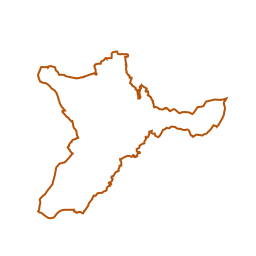 Pringsewu, Lampung, Indonesia, rotated 261°
{"feature_id": "22746128B80903663444835", "entity_name": "Pringsewu", "entity_type": "district", "adm_level": 2, "iso_a3": "IDN", "parent_name": "Indonesia", "parent_adm1": "Lampung", "projection": "mercator", "projection_center": [104.953, -5.369], "detail": "fine", "context": "isolated", "style": "outline", "palette": "amber", "viewbox_px": 256, "rotation_deg": 261, "n_neighbors": 0, "source": "geoboundaries", "source_scale": "gbopen_adm2", "svg_char_len": 5821}
<svg xmlns="http://www.w3.org/2000/svg" viewBox="0 0 256 256"><g transform="rotate(261 128 128)"><path d="M67.2,29.5L64.5,28.3L61.3,27.5L59.8,26.2L58.5,27.3L57.6,29.3L53.8,32.8L51.9,34.9L51.1,36.7L51.0,39.5L51.6,41.3L54.9,44.7L56.7,48.0L57.2,50.7L57.0,53.7L55.9,60.1L55.8,61.8L54.4,61.6L53.8,61.9L53.6,63.2L52.9,63.4L52.2,64.1L52.7,65.5L52.7,67.0L52.3,68.2L51.3,69.2L50.7,70.2L52.0,71.3L52.8,71.6L52.9,72.2L54.5,73.6L55.5,74.7L56.7,75.6L56.8,76.0L57.4,76.6L58.3,76.7L60.0,77.9L62.1,80.0L63.5,81.7L63.9,81.7L65.0,82.3L65.5,83.1L66.3,83.3L66.7,83.8L66.2,84.4L66.1,85.1L66.3,85.7L67.5,86.7L68.3,87.7L68.3,90.8L68.0,91.5L68.0,92.3L69.0,93.8L69.4,96.1L69.8,97.1L70.5,97.3L71.5,97.3L72.1,97.6L73.4,99.1L73.7,100.4L73.7,101.2L74.2,101.5L75.1,102.6L75.4,102.5L75.1,101.1L76.3,100.4L76.7,100.4L77.2,101.1L77.5,102.8L78.1,103.8L79.9,104.9L80.5,104.9L80.8,104.1L81.5,103.8L82.7,104.3L82.8,105.9L83.8,106.7L84.6,107.6L85.6,108.1L86.2,109.1L86.9,110.5L86.9,111.9L87.5,112.2L88.6,112.1L89.3,112.5L90.3,113.3L92.0,113.7L92.0,114.4L91.8,115.3L92.5,115.7L94.2,115.8L95.5,116.1L96.1,116.0L97.0,115.3L98.5,115.4L98.2,116.0L99.6,119.4L100.6,123.4L100.3,124.1L100.3,124.9L99.3,126.3L99.0,127.3L99.2,128.0L99.8,128.2L99.9,128.4L100.4,128.6L100.4,128.9L100.0,129.5L99.0,129.5L99.0,130.0L98.3,130.0L98.1,130.4L98.2,131.4L98.6,132.3L99.0,131.9L100.2,133.0L101.7,134.0L101.4,135.2L101.5,135.8L102.2,135.8L102.5,135.5L102.7,133.7L103.6,133.0L105.9,133.3L106.4,135.6L107.2,136.3L108.7,136.6L110.1,139.7L110.2,141.6L110.4,141.9L111.3,141.9L112.2,142.1L114.3,144.1L115.9,143.9L116.5,144.1L115.7,145.4L116.0,146.4L118.0,147.6L121.2,148.6L121.1,149.6L121.4,151.0L120.8,150.8L120.3,150.4L119.5,150.3L119.2,150.5L118.3,152.2L118.4,153.5L116.5,153.7L115.8,154.0L114.2,156.6L115.5,158.3L117.7,160.2L119.3,161.1L119.8,161.8L120.7,162.3L120.8,163.6L121.1,164.0L121.3,165.1L122.2,166.0L121.8,166.4L121.8,167.2L121.4,167.9L121.4,168.5L121.5,169.4L122.1,169.9L122.5,170.7L122.6,171.4L121.6,174.7L120.0,176.2L119.4,177.1L119.0,179.6L118.7,180.4L117.8,181.3L117.0,184.1L117.3,185.1L117.1,186.7L115.4,188.2L113.5,188.2L112.5,188.7L111.1,188.8L110.4,189.9L109.9,190.1L109.9,190.6L109.1,190.9L110.8,194.5L109.0,200.1L109.7,201.9L110.3,204.9L111.7,206.6L113.0,208.7L113.9,209.7L117.3,212.9L116.8,213.6L116.4,214.6L116.4,214.9L115.9,215.4L115.8,216.2L115.5,216.2L116.9,217.9L122.3,222.3L125.6,224.5L131.9,226.8L134.8,226.9L135.8,226.5L136.8,226.5L138.1,226.7L139.0,227.2L139.7,227.8L139.9,228.4L141.8,229.8L141.3,227.1L141.3,223.9L142.6,217.7L142.1,212.8L141.9,209.4L139.1,206.8L137.8,206.0L137.6,203.5L137.7,200.0L132.5,195.1L132.3,194.5L131.7,193.6L133.7,191.1L134.8,187.1L135.2,183.7L134.5,181.8L134.7,180.8L138.4,177.7L139.0,177.2L139.3,176.7L139.4,175.8L139.3,175.1L138.0,172.3L138.8,171.3L139.7,171.2L140.2,170.5L141.7,169.2L141.3,168.4L141.9,167.7L140.9,165.6L140.9,164.5L141.2,164.0L141.7,161.9L143.1,161.1L144.4,158.7L144.5,157.5L144.3,157.2L145.4,156.8L147.9,157.1L149.3,156.4L150.1,156.6L150.5,157.0L151.0,156.8L151.6,156.2L152.3,156.2L152.7,156.0L153.1,155.6L154.3,155.7L154.7,155.5L155.1,154.8L155.6,154.8L156.1,154.1L156.8,153.8L156.9,153.0L157.2,152.7L158.4,153.4L159.0,153.5L161.1,153.4L161.3,152.5L161.1,152.1L161.0,151.5L161.4,151.2L162.0,151.2L163.3,152.5L164.1,152.6L166.3,149.8L167.2,149.1L167.6,148.3L168.4,148.1L167.2,146.8L166.9,146.0L166.5,146.0L165.9,147.0L164.3,147.2L165.0,146.9L164.8,146.5L164.6,146.4L164.4,146.1L163.9,145.8L163.7,145.8L164.2,145.1L164.1,144.7L162.6,145.0L160.4,144.7L160.1,144.9L158.2,144.8L157.0,145.2L156.0,144.8L155.5,144.3L155.3,143.6L155.6,142.8L156.5,143.4L157.6,143.0L159.6,143.1L159.9,142.8L161.3,143.1L163.7,142.8L164.2,142.2L164.6,142.0L164.7,141.8L164.9,141.6L165.5,141.5L166.0,141.9L166.5,141.7L166.7,141.3L168.2,140.1L169.1,138.8L170.4,138.7L171.9,137.0L175.0,138.4L175.9,139.2L177.1,139.4L177.5,138.8L177.4,137.5L179.8,137.5L180.0,137.2L180.1,136.6L180.6,136.5L182.3,135.5L183.4,135.2L183.8,135.5L186.5,135.2L187.8,135.8L188.9,135.8L189.0,135.9L190.5,135.7L190.5,136.3L194.5,136.1L198.0,136.4L198.6,136.1L198.9,136.4L198.5,137.9L198.7,139.1L200.2,139.5L200.6,139.2L201.2,138.2L201.5,135.6L202.1,133.1L202.0,131.8L202.6,129.8L203.1,129.5L205.1,129.3L205.3,129.2L205.3,125.4L204.7,124.1L204.1,123.6L199.6,122.7L200.2,118.2L200.4,117.4L199.8,117.4L200.4,116.9L200.4,116.5L199.0,115.0L198.2,113.3L198.1,112.6L197.5,111.7L195.8,111.2L195.8,110.2L196.2,109.6L196.2,108.8L196.0,107.6L196.2,106.8L195.8,105.6L195.3,105.6L195.1,105.4L195.1,104.8L194.4,104.5L193.1,104.5L192.2,104.8L190.4,105.1L188.2,104.8L186.2,105.5L185.7,105.0L186.1,104.1L187.4,103.6L187.4,103.2L186.8,100.4L186.9,99.9L186.7,98.4L185.8,94.4L185.8,93.4L185.4,93.0L185.3,92.6L185.5,92.4L185.2,92.0L185.2,91.1L185.0,90.7L185.4,89.8L185.3,88.7L184.9,87.4L185.0,86.4L185.3,85.9L185.0,84.9L189.0,74.4L190.5,73.2L191.3,68.3L194.1,67.5L196.3,65.7L199.3,65.5L200.5,62.9L201.0,62.1L201.4,59.7L200.1,58.4L200.6,58.3L201.0,57.9L201.0,55.1L201.5,53.6L201.7,51.7L198.4,49.8L196.5,48.5L194.5,47.4L191.1,47.7L187.6,48.5L187.3,49.3L187.1,49.3L185.7,51.6L185.1,53.9L183.3,55.9L181.5,57.3L179.0,58.7L177.9,59.9L177.0,61.1L173.8,62.9L169.4,63.7L166.3,64.0L164.4,64.4L163.3,64.4L161.8,64.9L159.3,65.9L155.1,68.5L155.0,66.9L155.2,66.0L154.7,65.8L154.0,65.8L150.6,68.1L148.6,69.1L148.1,70.1L147.6,70.6L146.3,71.1L144.5,72.5L143.4,73.0L143.6,74.1L140.1,74.3L137.8,74.3L136.3,74.7L134.6,75.9L133.0,76.5L128.6,76.5L127.1,77.1L126.1,77.3L125.8,75.0L125.2,74.7L125.2,73.1L124.8,71.3L123.9,70.6L123.7,70.2L123.2,70.1L123.3,69.8L122.6,69.2L121.9,68.1L121.3,67.8L120.5,67.1L119.7,67.0L119.1,66.6L119.1,66.0L118.4,65.4L116.1,66.4L115.8,66.9L114.6,67.2L112.2,68.4L111.5,69.4L106.7,63.7L104.0,60.2L103.5,54.8L100.5,51.2L100.0,50.9L92.8,48.3L84.2,44.5L78.1,38.0L75.5,35.7L74.7,33.9L72.1,30.4L70.6,29.5L69.3,29.9L67.2,29.5Z" fill="none" stroke="#b45309" stroke-width="2"/></g></svg>